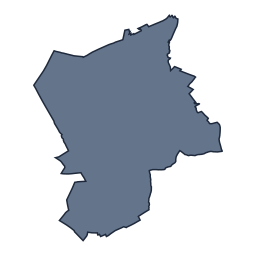 the district of Balcauti, Suceava, Romania
{"feature_id": "2599482B55128910664602", "entity_name": "Balcauti", "entity_type": "district", "adm_level": 2, "iso_a3": "ROU", "parent_name": "Romania", "parent_adm1": "Suceava", "projection": "natural_earth1", "projection_center": [26.076, 47.898], "detail": "fine", "context": "isolated", "style": "filled", "palette": "slate", "viewbox_px": 256, "rotation_deg": 0, "n_neighbors": 0, "source": "geoboundaries", "source_scale": "gbopen_adm2", "svg_char_len": 5621}
<svg xmlns="http://www.w3.org/2000/svg" viewBox="0 0 256 256"><path d="M97.7,234.9L98.3,234.9L99.5,234.4L100.6,236.5L103.8,235.2L105.5,234.4L106.4,236.5L108.4,235.5L110.7,233.7L115.2,230.6L117.4,229.6L121.5,227.8L122.5,227.3L123.8,226.7L125.4,227.3L126.4,227.5L126.6,227.2L131.6,224.8L134.3,223.4L136.7,222.0L140.1,220.1L138.8,217.4L138.4,216.6L138.3,216.4L144.4,212.5L149.0,209.7L148.8,208.8L149.0,207.4L148.8,206.8L148.7,206.3L149.1,205.7L149.2,205.1L149.4,204.5L149.2,202.9L148.6,202.3L148.6,201.8L148.7,201.3L148.8,200.3L148.9,198.4L149.5,196.9L150.0,195.2L150.4,193.8L150.7,192.7L151.0,192.1L151.1,191.3L151.3,190.6L151.3,190.1L151.3,189.5L151.4,189.0L151.3,188.2L151.4,187.2L151.4,186.7L151.1,186.3L150.8,185.2L150.8,183.6L150.7,182.5L150.6,181.4L150.5,181.0L150.8,180.0L150.4,177.5L150.2,176.4L150.3,174.8L149.6,172.7L149.3,170.6L150.3,170.2L152.7,169.6L154.6,169.6L156.3,169.6L158.7,169.8L159.9,169.7L161.0,169.8L163.8,169.6L164.7,169.4L165.1,168.9L165.5,168.0L166.1,167.7L167.8,167.0L169.5,166.6L170.4,166.5L170.8,166.3L171.3,165.6L172.1,164.6L174.9,162.7L175.4,162.0L175.7,161.5L175.8,160.9L175.7,160.1L175.8,158.9L176.0,157.5L176.2,156.8L176.5,156.0L177.6,153.9L179.8,150.6L181.2,151.5L185.1,154.6L185.7,154.6L186.5,154.8L187.6,155.3L188.3,155.6L189.2,155.5L189.7,155.3L190.4,155.2L191.3,155.2L194.2,155.5L195.0,155.6L195.5,155.4L196.7,154.9L197.5,154.7L198.7,154.5L199.7,154.5L200.2,154.4L200.9,154.4L202.0,154.2L203.0,154.0L204.4,153.6L204.9,153.3L205.8,152.7L206.5,152.6L208.6,151.8L210.7,151.4L211.3,151.4L211.8,151.5L213.8,151.8L214.9,151.8L217.1,151.9L217.7,151.9L221.5,151.4L222.1,151.3L222.2,151.0L221.4,149.2L220.6,146.0L219.5,142.2L219.1,139.6L219.1,138.5L219.4,137.8L219.8,135.4L220.1,131.9L220.2,129.0L220.2,127.3L219.8,125.7L219.4,124.5L218.1,123.2L217.1,122.3L211.8,123.7L209.8,123.6L209.5,123.5L208.7,122.1L207.9,121.2L207.3,120.7L207.1,120.5L207.1,120.1L207.7,119.2L208.3,118.5L208.3,118.4L208.1,118.1L206.3,116.4L204.8,115.1L203.3,113.4L202.2,112.2L201.4,111.5L198.4,112.6L198.1,112.7L197.6,112.5L197.2,112.1L196.8,111.3L196.4,110.2L196.2,109.5L196.1,109.0L196.2,108.5L196.2,108.2L195.9,107.8L195.5,107.5L195.2,107.0L195.0,106.7L195.2,106.3L196.2,105.8L196.9,105.3L197.5,104.9L198.3,104.6L198.8,104.4L199.1,104.1L199.3,103.9L199.1,103.7L198.5,103.6L197.9,103.8L197.4,103.8L196.5,103.6L195.9,103.6L195.5,103.7L195.0,103.7L194.6,103.5L194.4,103.2L194.2,102.9L194.4,102.5L194.7,102.4L195.6,102.2L192.8,98.6L190.5,95.5L189.1,93.8L193.2,89.5L187.8,86.4L188.6,85.5L189.3,84.4L189.9,83.6L191.7,82.0L192.2,81.4L193.2,80.1L194.5,78.5L194.9,77.7L195.5,77.1L194.5,76.3L189.8,74.6L179.9,70.8L180.8,69.9L181.2,69.3L175.4,66.9L174.5,66.6L173.2,68.1L170.6,70.6L170.4,68.2L170.3,67.0L168.3,62.5L168.2,62.1L168.2,61.6L168.2,60.9L168.1,60.6L168.2,60.4L168.5,60.0L169.1,59.4L169.5,59.1L170.2,58.6L170.4,58.1L168.5,57.6L168.2,57.5L168.0,57.3L167.8,57.1L167.8,56.9L167.9,56.7L167.6,56.3L167.6,56.1L167.5,55.8L167.2,55.5L167.2,55.4L167.4,55.2L167.3,54.7L167.4,54.4L167.4,54.2L167.7,54.1L167.9,54.0L168.2,53.6L168.4,53.5L168.9,53.3L169.1,53.2L169.5,52.7L169.3,52.1L169.3,51.8L169.7,51.5L169.9,50.7L169.7,50.5L169.3,49.9L169.2,49.7L169.3,49.5L169.4,49.3L169.3,49.1L169.1,48.7L169.3,48.0L169.3,47.6L169.2,47.3L169.1,47.0L169.2,46.8L169.3,46.6L169.2,46.4L168.9,45.8L168.7,45.3L168.7,44.9L168.8,44.6L168.9,44.2L169.0,43.5L169.3,43.0L169.4,42.8L169.4,42.5L168.8,42.5L168.5,42.5L168.3,42.4L168.2,42.3L168.2,42.0L168.4,41.6L168.9,41.4L169.2,41.3L169.1,41.1L168.9,40.8L169.0,40.7L169.3,40.5L169.9,40.4L169.9,40.2L169.7,40.0L170.0,39.9L170.4,40.1L171.2,38.9L172.0,37.1L173.1,34.4L174.6,31.0L175.7,28.5L176.8,26.4L177.3,24.5L177.7,22.3L177.9,19.0L176.5,18.5L176.2,18.3L175.7,17.7L175.2,16.8L175.1,16.4L174.6,16.3L174.2,17.0L173.8,17.3L173.6,17.7L173.4,17.7L173.2,17.6L173.0,17.4L172.6,16.2L172.2,15.5L172.1,15.4L171.9,15.4L171.8,15.5L171.4,15.9L170.4,16.8L170.1,16.6L169.6,16.5L169.5,16.4L169.5,16.0L169.3,15.7L169.3,15.4L169.1,15.5L168.9,15.8L167.3,17.8L165.8,19.1L162.5,21.0L161.5,21.3L159.3,22.3L155.1,24.0L148.7,26.7L147.0,24.4L146.7,24.4L145.7,24.8L141.9,26.8L139.9,27.7L138.0,28.5L139.0,29.3L139.2,29.5L139.5,29.5L140.2,29.2L140.5,29.1L141.3,30.5L141.2,30.8L133.9,34.4L133.7,33.7L130.7,35.0L130.5,34.3L130.6,34.0L130.8,33.5L129.1,34.1L129.8,32.4L130.0,31.8L129.6,32.0L128.8,29.4L124.9,30.2L123.6,36.3L122.8,39.7L120.5,40.5L115.3,42.2L114.2,42.8L113.0,43.3L110.6,44.0L108.7,44.7L98.8,49.1L94.4,51.2L92.6,52.0L89.9,53.6L89.1,54.1L88.2,54.6L87.5,55.2L87.0,55.4L84.2,56.8L83.2,57.3L82.9,56.7L78.6,56.3L73.9,55.8L72.4,55.4L69.1,54.6L63.2,53.1L61.7,52.9L60.0,52.3L55.9,51.4L54.1,50.8L51.6,55.5L46.7,65.3L43.5,70.9L37.8,79.3L33.8,85.2L34.1,85.8L35.7,88.5L38.6,94.1L42.2,100.7L44.8,105.3L47.8,110.5L53.6,120.5L54.1,121.6L54.2,121.9L54.2,122.4L54.3,122.8L54.8,123.9L56.2,126.2L58.3,129.7L59.3,131.7L59.8,132.4L60.2,132.9L60.8,133.5L62.0,134.5L61.4,135.5L61.4,135.9L61.5,136.4L62.0,137.8L63.0,138.7L63.3,139.1L63.4,139.6L63.4,140.4L63.6,141.0L64.2,142.5L64.5,142.8L64.9,143.4L65.3,144.1L65.8,145.2L66.4,146.5L67.3,148.2L68.3,150.3L68.5,150.8L58.8,156.9L55.5,157.7L56.0,158.0L57.9,159.2L60.5,161.0L61.4,161.9L63.4,164.7L64.6,166.0L64.8,167.7L63.1,170.3L61.2,173.5L63.2,173.8L66.2,173.9L68.7,173.9L71.6,173.7L75.1,173.3L80.9,172.7L81.0,173.0L82.9,176.1L83.8,177.4L85.3,180.2L85.8,181.3L81.9,181.5L79.0,181.7L77.5,181.8L76.4,182.1L74.8,182.3L72.3,188.2L66.7,200.0L67.5,204.6L68.7,210.3L67.2,211.3L65.5,212.8L64.5,214.2L59.4,220.5L66.5,224.9L70.4,227.6L74.2,230.6L74.5,231.7L83.1,240.6L86.6,236.1L87.2,234.8L87.7,232.2L91.8,232.8L95.2,232.9L97.2,232.9L97.4,232.9L97.7,234.9Z" fill="#64748b" stroke="#1e293b" stroke-width="1.5"/></svg>